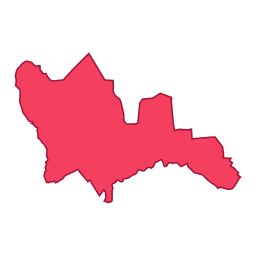 Río Blanco, Veracruz, Mexico (Robinson projection)
{"feature_id": "50627088B97163330601020", "entity_name": "Río Blanco", "entity_type": "district", "adm_level": 2, "iso_a3": "MEX", "parent_name": "Mexico", "parent_adm1": "Veracruz", "projection": "robinson", "projection_center": [-97.148, 18.845], "detail": "fine", "context": "isolated", "style": "filled", "palette": "rose", "viewbox_px": 256, "rotation_deg": 0, "n_neighbors": 0, "source": "geoboundaries", "source_scale": "gbopen_adm2", "svg_char_len": 4719}
<svg xmlns="http://www.w3.org/2000/svg" viewBox="0 0 256 256"><path d="M240.6,177.1L239.8,176.5L238.9,175.9L238.1,175.2L237.5,174.8L238.6,172.9L236.3,170.7L233.8,167.8L233.5,167.8L230.6,165.9L230.9,165.5L231.9,163.7L232.4,162.7L229.5,160.8L230.5,158.9L230.7,158.5L230.9,158.2L227.3,158.2L227.2,158.2L226.5,158.1L223.5,158.0L223.5,156.4L223.5,154.7L223.4,152.0L222.9,149.8L222.8,149.5L222.7,148.1L222.7,147.7L222.8,147.4L222.4,146.9L215.2,137.1L214.5,137.1L212.9,137.1L212.7,137.1L212.4,137.1L211.6,137.2L210.9,137.2L209.8,137.3L209.0,137.3L205.4,137.7L204.2,137.8L202.1,137.9L198.8,138.3L197.0,138.4L195.4,138.5L194.3,138.6L192.0,138.8L191.9,137.0L191.8,135.1L191.5,129.2L190.2,129.2L189.9,129.3L189.7,129.7L189.5,129.8L188.5,129.8L185.4,129.7L185.2,129.7L180.2,129.4L180.2,129.2L174.3,130.4L174.3,129.9L173.7,125.6L173.7,125.4L173.5,124.6L173.2,122.6L173.0,120.1L173.0,119.9L172.8,118.0L172.4,113.7L172.2,111.1L172.1,110.9L171.8,107.1L171.7,105.4L171.2,100.4L171.3,100.1L171.2,99.8L171.4,99.9L171.5,99.6L171.6,98.9L171.6,98.6L171.3,97.8L171.3,97.4L160.5,93.4L160.3,93.3L152.7,98.2L142.5,99.1L139.8,103.1L137.9,122.8L137.6,122.8L136.1,123.9L133.0,124.0L126.8,124.1L124.7,122.0L123.7,118.5L123.9,116.1L123.4,113.3L122.9,110.5L122.2,108.1L121.6,104.9L121.3,103.6L120.6,101.2L119.6,98.9L116.9,97.1L114.5,94.6L113.2,91.3L113.3,86.5L113.1,80.5L104.8,80.0L88.9,53.5L85.3,57.0L80.4,61.9L73.2,69.1L72.7,69.7L65.6,77.4L63.4,79.9L56.8,80.6L53.7,81.0L52.9,80.8L51.0,80.5L48.1,77.6L47.1,75.9L46.0,73.5L44.7,73.6L42.7,73.7L42.3,72.4L41.3,71.2L40.0,69.5L40.1,67.3L39.9,65.6L39.7,65.6L38.3,65.8L36.5,66.4L34.4,65.4L31.8,62.6L28.3,61.4L26.0,61.3L24.9,61.8L22.6,63.3L20.5,65.6L19.0,67.3L17.7,68.6L17.6,68.8L16.5,71.1L15.4,75.6L15.8,77.6L16.2,80.3L16.1,82.7L15.5,85.6L16.0,85.9L17.3,87.2L18.3,88.2L19.7,89.5L20.1,90.8L20.1,95.3L19.7,101.5L20.8,105.1L23.1,112.8L24.8,114.9L26.9,118.0L28.3,120.3L29.5,121.4L30.4,121.7L32.5,122.1L33.4,123.6L32.1,123.7L32.8,124.1L34.3,125.2L34.9,126.6L36.8,127.3L37.8,127.8L37.0,130.2L37.8,133.3L38.0,135.6L38.0,138.0L40.5,140.1L40.8,140.5L42.0,142.5L44.1,144.3L45.3,146.2L45.5,146.6L47.0,149.5L46.9,152.6L46.7,153.7L46.5,155.0L46.6,156.2L47.2,157.4L47.9,159.3L47.8,160.5L46.8,161.3L45.6,162.2L46.0,163.1L46.4,164.6L45.6,166.8L45.1,167.8L46.2,169.9L46.2,170.9L45.0,171.4L44.0,175.9L46.2,181.3L46.5,182.1L46.9,182.5L47.9,182.6L49.0,182.6L49.6,182.4L50.0,182.1L50.4,181.9L51.3,181.8L51.8,181.8L52.3,181.8L52.7,181.7L53.2,181.6L53.6,181.4L54.0,181.3L54.4,181.4L54.7,181.7L55.0,182.3L55.2,182.7L55.7,182.8L56.9,182.2L57.5,182.0L57.9,181.8L58.4,181.5L58.7,181.1L59.1,180.8L59.5,180.7L59.9,180.4L60.5,180.1L61.2,179.6L61.9,179.3L62.4,179.0L62.8,178.6L63.1,178.2L63.3,177.8L63.5,177.5L63.9,177.2L64.2,176.8L64.5,176.5L64.8,176.1L65.1,175.9L65.5,175.5L65.8,175.3L67.1,174.5L68.5,174.1L69.5,173.6L71.5,172.5L72.1,172.3L73.2,172.0L74.4,171.2L75.0,171.0L75.9,170.1L76.1,170.1L77.8,169.5L78.0,169.8L78.2,170.0L79.8,172.0L80.8,173.3L82.1,174.7L83.0,175.9L83.4,176.3L84.3,177.4L85.4,178.8L86.7,180.3L87.0,180.6L87.9,181.7L89.1,180.6L89.7,180.0L90.2,180.8L90.7,181.7L91.5,182.9L91.9,183.6L92.2,184.2L92.9,185.3L93.8,186.6L94.6,188.0L95.4,189.3L96.3,190.7L97.0,191.9L97.8,193.2L98.7,194.5L99.5,195.8L99.8,195.3L101.0,193.7L102.1,192.3L102.6,191.6L103.2,190.8L103.8,190.0L104.7,191.1L105.3,192.0L105.4,192.6L105.6,193.4L105.7,194.2L105.9,196.3L105.7,198.2L105.1,199.5L104.2,201.2L104.5,201.2L105.6,201.6L106.9,202.1L107.0,202.1L108.0,202.5L108.5,202.5L109.0,202.2L109.4,202.2L109.8,202.1L110.1,201.7L110.3,201.5L110.4,201.4L111.0,201.7L111.3,201.6L111.5,201.6L111.7,201.4L112.0,201.0L112.1,199.7L112.1,195.7L112.2,190.5L112.6,189.0L112.9,187.9L112.5,187.2L112.0,185.8L112.2,183.8L114.2,183.2L116.0,182.0L116.5,180.7L117.2,180.1L118.3,180.3L120.2,181.6L121.2,181.7L122.3,181.7L122.9,181.0L123.3,179.3L124.0,178.9L125.2,178.7L126.6,178.5L127.8,178.2L128.9,177.7L131.0,176.2L131.6,175.8L133.1,174.9L133.8,174.7L135.1,174.3L136.4,173.2L137.3,171.7L138.2,170.0L139.4,169.7L141.9,170.8L144.1,170.8L147.8,167.5L149.2,167.4L151.2,168.1L152.7,167.2L153.2,166.6L153.8,165.9L155.2,162.4L157.8,161.5L160.5,159.8L161.8,159.9L163.5,163.4L163.8,165.2L164.3,166.2L165.7,166.6L167.0,165.5L168.5,162.9L170.1,162.6L172.5,163.4L173.6,163.3L175.8,162.5L178.3,163.9L180.4,166.1L181.6,166.4L185.3,164.4L186.7,163.7L187.3,163.4L188.0,166.6L191.8,170.2L194.3,172.7L198.1,173.6L200.2,174.3L202.3,174.6L204.0,176.2L205.6,178.0L207.2,179.4L208.3,180.5L210.1,181.7L212.0,183.4L213.7,184.3L215.4,185.4L218.1,188.4L218.7,187.9L219.6,187.3L221.8,187.6L225.6,188.7L227.7,189.2L230.5,189.1L232.1,188.7L233.1,187.7L233.9,186.8L235.1,185.3L235.5,184.5L237.4,181.5L238.7,179.0L239.7,178.0L240.6,177.1Z" fill="#f43f5e" stroke="#9f1239" stroke-width="1.5"/></svg>